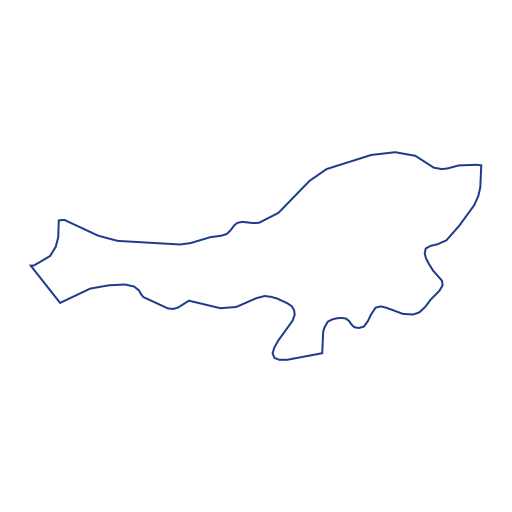 map outline of Boumerdès (Mercator projection)
{"feature_id": "DZA-2196", "entity_name": "Boumerdès", "entity_type": "Province", "adm_level": 1, "iso_a3": "DZA", "parent_name": "Algeria", "parent_adm1": "", "projection": "mercator", "projection_center": [3.676, 36.757], "detail": "fine", "context": "isolated", "style": "outline", "palette": "blue", "viewbox_px": 512, "rotation_deg": 0, "n_neighbors": 0, "source": "natural_earth", "source_scale": "10m", "svg_char_len": 1339}
<svg xmlns="http://www.w3.org/2000/svg" viewBox="0 0 512 512"><path d="M30.7,265.6L33.9,265.5L50.1,256.0L55.7,246.9L58.2,237.3L58.8,220.4L64.3,219.9L98.2,235.7L117.7,240.9L180.2,244.5L190.5,243.1L210.6,237.1L221.4,235.7L226.9,233.9L230.9,229.9L234.1,225.5L237.4,222.8L242.5,221.9L253.6,223.1L259.0,222.8L278.5,212.8L309.6,180.8L326.5,169.1L371.0,155.0L395.1,152.2L415.3,155.8L433.8,167.7L442.0,169.1L447.7,168.4L458.9,165.4L477.1,164.8L481.3,165.4L481.1,168.9L480.3,187.3L478.3,196.1L474.3,205.0L459.2,225.8L446.3,240.4L437.4,244.3L430.5,245.9L425.7,248.5L424.7,253.5L426.0,258.3L428.9,263.9L433.3,270.9L442.0,280.7L442.6,285.4L439.5,290.7L430.6,299.7L425.5,306.6L419.4,312.3L413.3,314.5L403.0,313.9L386.5,307.8L380.9,306.4L375.6,307.6L370.9,314.8L368.0,320.9L363.9,326.6L358.8,328.0L354.3,327.2L351.5,324.5L349.2,321.1L345.8,318.5L341.1,317.9L336.2,318.4L331.8,319.6L327.9,321.6L324.6,327.1L323.2,331.7L322.2,353.2L287.1,359.8L279.3,359.8L274.5,357.9L272.6,353.3L274.3,347.6L278.2,340.6L292.6,320.7L294.7,314.8L294.1,310.1L291.7,306.2L287.4,303.3L277.3,298.6L271.3,296.9L264.7,296.0L256.3,298.2L236.2,307.0L220.4,308.2L188.9,300.7L178.1,307.5L173.5,308.9L168.1,308.5L143.4,297.1L141.0,294.2L139.1,290.5L134.0,286.5L124.9,284.5L108.9,285.3L90.2,288.6L60.1,302.9L31.2,266.3L30.7,265.6Z" fill="none" stroke="#1e3a8a" stroke-width="2"/></svg>